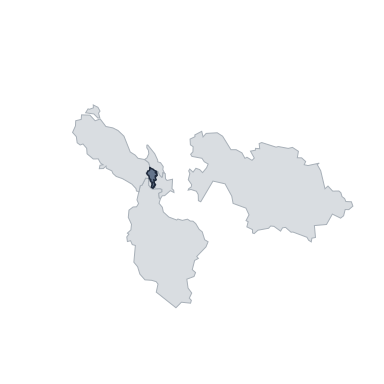 Armenia highlighted among its neighbors, rotated 38°
{"feature_id": "ARM", "entity_name": "Armenia", "entity_type": "country or territory", "adm_level": 0, "iso_a3": "ARM", "parent_name": "Asia", "parent_adm1": "", "projection": "albers", "projection_center": [45.222, 40.08], "detail": "fine", "context": "with_neighbors", "style": "filled", "palette": "slate", "viewbox_px": 384, "rotation_deg": 38, "n_neighbors": 5, "source": "natural_earth", "source_scale": "50m", "svg_char_len": 5604}
<svg xmlns="http://www.w3.org/2000/svg" viewBox="0 0 384 384"><g transform="rotate(38 192 192)"><path d="M327.5,104.1L326.4,109.4L323.5,111.5L326.1,117.4L325.2,121.1L316.2,123.0L318.0,134.8L309.1,143.1L317.3,151.8L314.9,154.6L316.7,157.9L313.6,158.2L310.5,156.9L296.2,161.4L294.8,162.7L287.5,162.3L285.4,164.5L285.9,168.3L277.7,168.6L274.9,170.4L274.7,173.4L267.5,181.5L266.6,186.5L264.9,187.0L262.8,184.4L256.7,185.7L254.5,180.8L252.2,181.3L251.0,174.9L244.4,171.5L231.4,175.7L225.9,170.8L213.0,165.2L201.8,170.5L204.9,194.3L202.4,194.9L198.5,190.2L195.0,188.7L189.7,190.6L187.8,192.9L187.4,191.4L188.3,188.6L187.2,186.4L181.5,184.6L179.0,178.9L176.4,177.4L176.1,175.3L180.6,175.7L180.5,170.9L184.3,169.6L188.4,170.2L188.6,163.9L187.5,160.0L183.0,160.6L179.1,159.3L170.0,164.0L167.7,163.1L168.0,159.8L165.0,155.6L161.7,155.8L157.9,151.5L160.3,146.6L159.1,145.3L162.3,138.2L166.8,141.8L167.1,137.1L175.4,129.8L181.8,129.2L196.6,134.7L200.7,131.5L207.2,130.4L213.0,132.9L213.9,130.8L219.8,130.1L220.2,126.9L212.9,123.8L216.2,120.1L215.2,118.5L218.7,116.2L215.1,112.5L216.5,110.1L230.6,104.9L232.1,103.0L241.0,98.4L243.7,95.0L250.8,94.4L253.9,100.2L257.4,97.6L262.8,98.0L263.6,101.4L267.1,99.8L274.5,90.9L273.8,93.3L280.3,96.0L294.8,107.6L295.5,103.6L302.3,104.7L307.1,100.8L309.7,100.9L313.1,103.3L316.3,103.2L319.1,104.8L323.6,101.6L327.5,104.1Z" fill="#d9dde1" stroke="#a8b0b8" stroke-width="1"/><path d="M171.6,270.8L168.3,267.6L168.2,264.1L166.4,264.2L167.2,259.5L164.2,254.7L157.4,251.2L153.5,245.1L154.8,240.1L157.4,237.8L157.0,234.0L153.5,232.1L147.4,219.1L148.4,217.1L146.9,209.6L150.3,207.8L151.1,210.3L153.7,213.3L157.2,214.1L159.0,213.9L164.8,209.0L166.7,208.5L168.2,210.3L166.6,213.6L169.9,216.9L171.2,216.5L173.0,221.2L178.0,222.3L181.7,225.4L189.2,226.0L197.2,223.5L197.5,222.0L201.9,220.3L205.2,216.2L208.6,215.9L210.7,214.4L214.4,214.6L220.5,217.0L224.6,217.1L231.4,221.8L235.3,221.3L236.8,226.6L235.4,239.9L237.9,240.4L236.2,244.3L240.0,253.0L244.4,253.3L245.6,257.3L241.6,263.9L248.0,270.1L254.0,271.8L255.2,277.3L258.2,277.8L259.3,280.5L251.5,285.4L250.6,293.1L225.5,292.9L221.9,285.5L219.0,284.7L214.6,286.4L209.0,290.2L201.5,288.8L195.2,284.4L189.4,283.1L180.3,269.0L177.3,270.2L173.6,268.2L171.6,270.8Z" fill="#d9dde1" stroke="#a8b0b8" stroke-width="1"/><path d="M150.1,224.4L147.6,225.4L145.8,223.8L139.8,222.8L128.9,224.3L122.7,226.4L118.4,226.1L115.8,224.7L109.9,226.0L108.3,224.5L107.7,228.1L104.6,230.7L103.0,227.5L105.2,225.3L102.0,225.5L97.8,223.6L93.8,226.8L85.8,226.5L82.1,222.4L76.5,221.3L74.9,223.8L71.2,223.9L66.8,219.6L61.2,218.6L59.5,211.7L56.5,207.4L60.0,203.0L57.5,199.2L64.2,194.3L71.8,195.5L74.7,191.0L83.8,193.4L90.2,190.2L96.0,189.1L104.0,189.9L118.7,198.5L124.5,197.9L128.7,198.7L134.6,195.6L139.8,195.5L144.4,198.8L145.2,201.1L144.7,204.2L150.3,207.8L146.9,209.6L148.4,217.1L147.4,219.1L150.1,224.4ZM60.6,184.2L65.8,183.2L69.7,184.9L69.8,187.4L73.6,190.3L72.4,191.7L66.6,190.9L59.4,195.1L58.9,190.5L60.2,190.0L62.5,186.4L60.6,184.2Z" fill="#d9dde1" stroke="#a8b0b8" stroke-width="1"/><path d="M157.0,194.7L159.6,194.0L163.0,197.9L165.2,198.3L168.8,193.9L174.2,201.7L176.5,201.9L178.1,203.5L174.1,204.3L172.7,211.7L170.9,213.3L171.2,216.5L169.9,216.9L166.6,213.6L168.2,210.3L166.7,208.5L164.8,209.0L159.0,213.9L158.8,209.4L154.4,206.6L155.8,204.5L153.2,202.3L154.1,200.7L151.3,197.8L152.5,196.8L158.8,199.0L159.4,198.2L157.0,194.7ZM157.2,214.1L153.7,213.3L151.1,210.3L150.3,207.8L151.4,207.6L152.9,209.4L155.1,209.4L157.2,214.1Z" fill="#d9dde1" stroke="#a8b0b8" stroke-width="1"/><path d="M127.6,182.9L128.2,182.2L139.1,184.8L145.5,188.1L146.3,189.3L149.2,188.3L153.7,189.7L155.2,192.3L158.2,193.8L157.0,194.7L159.4,198.2L158.8,199.0L156.1,198.6L152.5,196.8L151.3,197.8L144.4,198.8L139.8,195.5L134.6,195.6L135.5,192.9L134.4,188.4L131.8,185.9L129.2,185.0L127.6,182.9Z" fill="#d9dde1" stroke="#a8b0b8" stroke-width="1"/><path d="M150.2,207.9L150.0,207.6L149.2,206.7L148.4,206.0L147.8,205.7L147.3,205.7L146.4,205.8L146.1,205.8L145.4,205.4L144.7,205.1L144.8,204.9L145.0,204.8L144.8,204.3L144.5,203.6L144.5,203.3L144.4,203.0L144.3,202.7L144.8,202.2L145.0,201.7L145.1,201.2L145.0,200.7L144.7,199.8L144.5,199.6L144.1,199.3L143.8,198.9L143.7,198.7L144.0,198.6L144.8,198.6L145.5,198.5L146.0,198.4L146.9,198.2L147.2,198.1L147.6,198.0L148.8,198.2L149.3,198.1L150.6,198.1L150.5,197.8L151.3,197.6L151.5,197.9L151.8,198.2L152.1,198.3L152.3,198.5L151.7,198.8L151.7,199.0L151.9,199.0L152.7,199.4L153.2,199.4L153.4,199.5L153.6,199.8L154.0,200.1L154.3,200.4L154.3,200.6L154.2,200.7L153.4,201.4L153.3,201.6L153.2,201.8L153.6,202.5L154.2,203.2L155.0,203.8L156.2,204.4L156.2,204.8L156.0,205.3L155.9,205.6L155.8,205.8L155.6,205.9L154.5,205.9L154.3,205.9L154.3,206.0L154.7,206.2L155.3,206.7L155.7,207.2L156.1,207.4L156.5,207.8L156.8,208.1L157.4,208.6L158.0,208.4L158.8,208.8L158.8,209.1L158.8,209.3L158.3,209.6L158.2,209.7L158.2,209.8L158.3,209.9L158.6,210.2L158.9,210.5L159.3,211.0L159.2,211.1L158.8,211.1L158.5,211.1L158.4,211.2L158.4,211.3L158.8,211.7L158.9,212.0L158.9,212.4L158.9,213.0L158.0,213.0L157.3,213.3L157.0,213.2L156.8,212.7L156.6,212.3L156.2,211.3L156.3,210.9L156.0,210.6L155.4,210.2L155.2,210.0L155.3,209.7L155.4,209.3L155.3,208.9L155.1,208.8L154.8,208.8L154.4,208.9L153.7,209.2L153.1,209.0L152.8,208.8L152.6,208.6L152.2,208.8L152.1,208.7L152.1,208.2L152.0,207.9L151.8,207.6L151.5,207.5L150.7,207.8L150.2,207.9ZM151.5,199.3L151.5,199.1L151.5,198.9L151.4,198.9L151.2,198.9L151.2,199.1L151.2,199.3L151.4,199.4L151.5,199.3ZM154.1,201.9L153.9,202.1L153.7,202.0L153.7,201.7L153.9,201.6L154.0,201.6L154.1,201.9Z" fill="#64748b" stroke="#1e293b" stroke-width="1.5"/></g></svg>